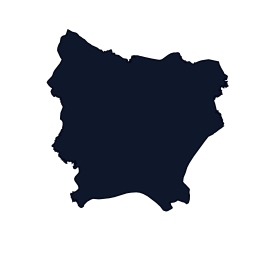 Xaythany, Vientiane [prefecture], Laos (Mercator projection), rotated 287°
{"feature_id": "54806243B16467343540184", "entity_name": "Xaythany", "entity_type": "district", "adm_level": 2, "iso_a3": "LAO", "parent_name": "Laos", "parent_adm1": "Vientiane [prefecture]", "projection": "mercator", "projection_center": [102.749, 18.15], "detail": "fine", "context": "isolated", "style": "filled", "palette": "ink", "viewbox_px": 256, "rotation_deg": 287, "n_neighbors": 0, "source": "geoboundaries", "source_scale": "gbopen_adm2", "svg_char_len": 5727}
<svg xmlns="http://www.w3.org/2000/svg" viewBox="0 0 256 256"><g transform="rotate(287 128 128)"><path d="M74.2,207.3L77.5,207.3L81.7,206.2L83.6,205.1L85.3,204.6L86.6,204.6L87.4,204.2L90.3,199.2L91.2,197.2L92.5,195.7L96.8,195.0L102.0,195.5L107.6,195.5L112.6,196.4L119.8,198.4L137.6,204.6L143.6,206.9L147.1,210.7L148.8,211.6L150.0,212.8L153.1,214.9L155.4,216.8L157.7,218.4L157.8,217.7L158.0,217.6L159.0,217.9L160.4,217.9L161.3,216.3L161.7,216.3L161.9,215.9L162.4,216.1L162.5,216.0L162.5,215.3L163.3,215.8L163.9,215.0L164.4,214.8L164.3,214.0L164.6,213.5L164.8,213.5L165.1,214.2L165.4,214.1L165.6,213.3L166.2,213.3L166.4,212.9L166.9,212.9L167.0,212.2L167.3,212.1L167.6,212.6L168.0,212.6L168.4,211.4L167.4,210.7L168.2,210.8L168.5,210.5L168.8,210.9L168.9,210.4L168.4,209.7L168.5,209.2L169.0,208.9L169.6,209.2L169.7,208.9L170.1,208.9L169.7,208.3L170.4,208.6L170.4,208.1L170.1,207.6L170.5,207.1L176.5,203.6L179.1,201.6L179.5,201.5L181.1,202.3L181.7,202.0L181.6,201.5L181.8,201.4L182.0,201.4L182.2,202.2L184.0,201.9L184.2,203.1L183.7,203.1L184.0,203.5L184.1,204.5L184.8,204.5L184.8,205.2L185.2,205.6L185.8,205.6L186.1,206.3L187.1,206.7L187.6,207.4L188.0,206.8L188.2,207.5L188.7,206.9L189.2,207.0L189.4,206.6L189.9,206.6L190.2,205.5L191.0,205.5L191.2,205.9L191.6,205.2L191.3,204.7L192.1,204.9L192.7,204.6L193.5,204.5L194.8,204.9L195.1,204.7L195.3,205.2L195.7,205.4L195.1,206.3L194.7,207.7L195.3,207.7L195.1,207.0L195.4,206.6L195.8,206.5L196.5,207.5L197.3,208.2L196.3,208.9L196.1,209.3L196.4,209.9L196.1,210.0L197.4,211.1L198.2,209.4L198.6,209.4L198.8,209.8L199.2,209.6L199.4,208.9L198.9,208.1L199.0,207.5L199.8,207.3L200.4,207.9L200.7,208.9L201.2,209.0L200.5,207.4L201.5,205.7L202.3,205.8L203.2,206.3L202.9,207.3L203.5,207.6L203.5,207.8L204.3,207.7L204.0,207.2L204.8,207.4L205.0,207.9L205.5,207.7L206.4,207.7L207.1,205.8L206.7,205.2L207.2,204.9L207.7,203.7L209.1,202.6L212.0,199.4L215.4,196.3L217.5,195.1L216.6,185.1L213.5,178.7L211.9,176.4L210.1,174.3L209.6,173.4L209.6,172.8L208.3,172.5L207.9,172.1L207.8,171.1L208.1,169.6L209.1,167.4L208.6,166.2L208.1,165.9L208.0,165.0L207.5,164.3L208.1,164.1L207.7,163.2L207.9,163.0L208.4,162.9L208.0,162.5L208.7,161.7L208.8,160.5L209.1,159.9L208.9,159.3L209.9,159.0L210.0,158.1L210.6,158.3L210.8,157.5L211.6,157.8L212.1,156.6L212.8,156.2L213.4,155.5L214.1,155.2L214.4,154.0L214.1,153.0L213.4,151.6L212.9,149.9L211.4,147.5L209.2,145.4L203.6,141.2L202.6,140.1L201.6,138.1L200.7,131.1L200.0,123.1L199.9,120.1L199.6,118.7L199.7,116.5L198.6,112.5L198.1,113.0L198.2,113.8L197.5,113.9L197.4,112.8L197.9,111.8L197.7,111.0L196.6,111.0L195.9,111.5L194.3,110.6L193.7,109.9L193.4,110.0L193.3,111.1L193.0,111.3L191.4,110.9L191.3,110.5L191.9,110.0L190.7,108.5L190.8,108.1L191.5,107.6L192.6,107.5L193.1,106.6L192.6,102.9L194.4,97.9L193.9,94.3L194.2,93.8L195.0,93.5L195.3,92.9L195.1,92.4L194.6,92.1L194.4,91.6L194.4,91.1L197.1,89.5L197.6,88.9L195.7,86.8L195.6,85.7L194.1,85.0L194.2,83.4L192.9,82.5L192.9,81.9L193.6,81.1L194.5,79.5L194.1,78.5L194.1,77.9L195.2,75.1L196.0,68.9L196.6,67.5L197.4,64.3L199.5,60.5L200.0,58.2L200.8,56.3L201.2,54.3L202.5,52.5L203.1,51.2L203.3,50.1L203.1,46.6L204.1,42.0L199.3,41.9L197.8,41.0L196.8,39.2L195.8,38.4L194.5,37.9L189.9,38.5L187.9,37.9L184.2,37.7L181.7,38.2L180.8,38.9L176.0,43.2L175.0,44.6L174.4,45.1L173.6,45.2L169.7,44.5L161.8,41.5L159.6,41.0L156.2,40.9L154.7,40.5L149.7,38.0L148.2,37.6L147.8,37.8L145.8,40.4L144.9,42.2L144.5,43.9L143.9,44.6L142.0,44.1L140.4,44.0L138.2,45.6L136.8,47.9L136.9,48.4L138.1,49.3L137.3,50.9L137.2,52.4L137.5,53.4L137.1,54.9L136.6,55.2L136.2,54.8L135.9,54.8L135.5,55.6L135.2,55.6L134.5,56.5L133.4,56.3L133.2,57.3L131.7,57.7L130.2,59.5L129.4,59.9L129.5,60.2L122.7,59.7L117.0,61.0L116.4,62.7L114.7,64.5L114.3,64.7L114.0,64.6L112.5,65.2L109.2,65.6L108.6,66.2L106.9,65.2L106.0,65.1L105.5,65.7L105.3,65.2L104.5,65.5L104.2,64.9L103.8,65.1L103.2,64.6L102.7,64.7L102.2,64.3L101.4,64.1L101.0,64.3L101.0,65.2L99.1,63.6L98.2,64.0L98.2,62.8L97.4,62.3L96.2,62.4L95.3,62.9L94.6,62.5L94.5,62.2L93.8,62.6L92.7,62.5L90.6,61.9L90.3,61.4L89.9,61.4L89.1,60.8L88.6,60.9L88.4,61.1L88.7,62.0L88.1,62.9L87.5,63.2L86.0,63.5L86.1,64.5L85.5,64.5L84.7,65.2L85.1,67.1L84.7,67.7L85.0,67.9L85.4,67.9L85.6,67.5L85.8,68.2L85.5,68.5L85.1,68.6L84.0,69.9L82.5,69.7L81.9,69.8L81.7,70.2L81.0,70.4L81.2,70.9L81.0,71.1L81.2,71.4L80.4,71.7L80.2,72.6L79.9,73.1L79.3,73.3L79.6,73.7L79.5,74.0L78.5,74.6L78.8,74.8L78.6,75.2L78.9,75.4L79.2,75.8L79.0,76.5L78.3,77.4L78.0,77.2L77.9,76.4L77.4,76.5L77.0,77.3L76.9,78.2L76.3,79.1L76.5,79.5L77.1,78.9L77.9,78.9L78.9,79.5L79.4,80.5L78.9,81.5L79.7,82.1L79.5,83.8L80.1,84.3L79.9,84.7L78.7,85.0L79.3,85.3L79.5,86.1L80.1,86.5L80.0,86.9L80.7,87.3L79.4,87.8L79.3,88.5L78.5,88.7L78.2,88.1L79.1,87.2L78.8,86.9L77.4,87.4L77.0,88.2L76.4,88.4L75.4,88.3L75.6,87.4L75.3,87.1L73.9,87.9L73.7,89.2L75.0,90.2L76.1,90.6L76.6,92.9L75.8,92.9L72.4,94.4L70.5,94.4L65.9,92.2L64.3,92.0L63.6,92.1L62.2,93.0L58.8,97.4L57.5,98.3L55.8,99.0L54.7,98.7L52.0,97.1L50.8,95.6L50.6,94.2L49.8,94.5L49.2,94.2L48.7,93.6L48.6,92.7L47.9,92.7L47.4,93.3L47.0,93.4L47.1,94.0L45.8,94.0L45.2,94.2L45.1,94.7L44.7,94.8L44.3,95.8L44.1,95.8L43.6,95.1L43.7,95.9L42.6,96.4L43.6,96.6L43.8,96.9L43.0,97.1L42.8,97.5L42.2,97.2L42.2,97.6L42.8,98.8L43.7,99.1L43.4,99.4L43.9,100.1L43.2,100.4L42.9,100.2L42.2,101.4L40.5,102.9L40.1,103.8L39.4,103.6L39.3,104.0L38.5,105.6L38.7,106.9L40.1,108.0L41.9,107.9L46.0,110.0L49.2,113.0L50.7,115.0L51.9,120.5L52.6,122.4L56.1,130.5L58.6,135.0L65.8,145.6L67.7,149.5L69.6,154.5L70.2,157.8L70.2,159.5L70.1,161.9L69.1,166.9L65.4,176.9L62.9,182.1L60.1,185.9L60.0,188.6L60.8,190.0L64.2,193.3L64.9,193.3L66.2,191.5L68.4,190.1L69.4,190.3L70.9,193.6L72.4,195.3L74.0,196.4L73.7,201.8L73.9,203.5L73.0,206.2L74.2,207.3Z" fill="#0f172a" stroke="#020617" stroke-width="1.5"/></g></svg>